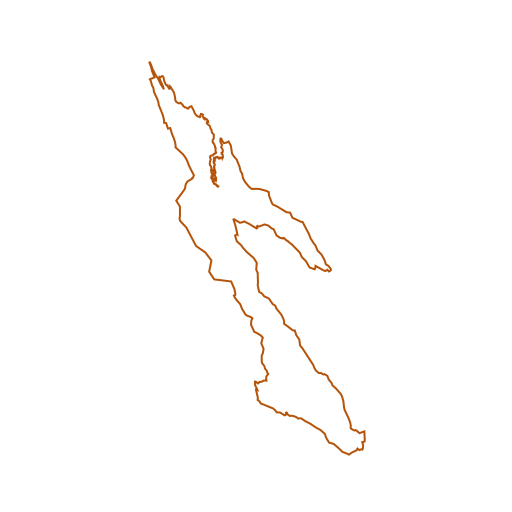 outline of Førde nor, Sogn og Fjordane, Norway, rotated 64°
{"feature_id": "86288312B49751827405886", "entity_name": "Førde nor", "entity_type": "district", "adm_level": 2, "iso_a3": "NOR", "parent_name": "Norway", "parent_adm1": "Sogn og Fjordane", "projection": "robinson", "projection_center": [5.859, 61.462], "detail": "fine", "context": "isolated", "style": "outline", "palette": "amber", "viewbox_px": 512, "rotation_deg": 64, "n_neighbors": 0, "source": "geoboundaries", "source_scale": "gbopen_adm2", "svg_char_len": 6077}
<svg xmlns="http://www.w3.org/2000/svg" viewBox="0 0 512 512"><g transform="rotate(64 256 256)"><path d="M134.9,236.4L136.4,237.4L138.3,238.0L141.2,237.8L142.8,239.6L144.8,239.3L146.5,239.5L147.9,240.3L148.2,240.9L148.1,241.5L148.9,241.4L149.2,241.9L149.4,241.6L150.6,241.6L153.0,242.5L153.0,242.9L152.7,243.3L153.0,243.5L152.6,243.5L152.3,244.0L152.7,244.2L152.5,244.8L152.6,245.0L151.8,245.6L152.3,246.2L152.3,246.6L151.8,246.9L150.4,247.0L150.5,247.4L149.8,247.9L149.5,248.4L150.5,249.7L149.3,250.5L149.4,250.8L150.3,251.2L152.2,251.3L151.9,252.0L152.8,252.3L152.7,252.6L153.2,252.7L153.4,253.1L154.3,253.1L154.7,252.8L156.2,253.1L156.6,253.5L156.7,254.1L157.4,254.6L158.5,254.7L158.4,255.1L160.0,255.5L160.7,255.3L163.1,255.7L163.9,256.3L163.8,257.3L164.6,257.7L165.7,257.5L166.2,257.7L168.1,257.6L169.5,258.1L170.6,259.0L170.1,259.1L170.7,259.1L170.2,259.1L170.4,259.4L169.3,260.2L168.3,260.3L166.7,260.3L168.3,260.2L168.7,259.9L168.0,260.0L169.8,259.4L170.1,258.8L166.2,257.7L165.1,258.2L162.9,257.2L162.7,256.9L161.8,256.8L161.6,257.0L160.3,256.9L160.3,257.2L159.9,257.0L159.4,258.1L159.9,258.5L161.4,259.2L164.5,259.2L165.2,259.6L165.6,260.3L166.4,260.3L165.6,260.4L165.9,261.6L166.4,261.9L170.6,261.4L170.8,261.5L169.8,261.7L171.9,261.9L174.4,260.4L176.4,259.8L176.6,259.4L177.0,259.4L177.0,259.9L176.1,260.2L176.5,260.3L174.4,260.7L172.8,261.9L173.6,261.8L172.4,262.1L168.1,261.8L166.2,262.1L164.9,261.1L165.2,260.8L164.3,259.6L162.3,259.6L159.6,259.0L158.4,258.3L157.9,257.6L155.6,257.2L153.7,257.5L151.4,256.3L149.8,254.9L149.4,254.3L147.2,254.1L146.4,253.6L146.0,252.5L146.7,250.7L145.9,249.4L146.1,249.2L145.7,247.8L146.0,247.6L145.7,246.5L143.9,246.4L141.2,244.9L140.5,245.2L138.9,244.7L136.8,244.6L135.8,244.7L135.1,245.1L134.0,244.8L132.7,243.9L131.9,242.5L128.4,240.7L125.7,241.5L123.1,240.7L121.6,241.0L119.5,240.6L118.2,240.8L116.2,241.8L114.9,242.0L114.6,241.8L114.9,241.5L113.6,240.6L114.3,240.1L113.7,239.9L111.9,240.2L110.0,241.3L110.1,241.7L109.6,241.9L110.4,242.3L109.6,242.7L106.8,242.5L106.4,242.2L106.3,241.9L106.6,241.8L105.4,241.8L104.9,242.2L104.2,243.3L105.7,244.8L106.4,244.9L106.7,245.6L104.7,247.3L103.3,248.0L100.6,248.5L98.1,248.2L93.1,248.4L92.9,250.5L93.1,251.3L93.8,252.0L93.7,252.6L91.7,254.0L91.3,254.7L89.5,255.6L88.0,255.7L85.2,256.6L85.3,257.5L85.0,258.4L82.7,260.1L80.4,260.2L78.0,259.2L73.7,258.2L71.7,258.1L66.9,258.8L66.8,258.6L65.9,258.9L67.4,259.7L67.7,260.0L67.7,260.6L65.5,260.9L63.8,260.6L63.6,261.0L64.0,261.1L62.8,261.9L58.4,261.8L54.8,260.8L53.4,261.1L53.1,261.6L53.3,262.8L53.1,263.8L52.7,264.2L53.7,264.7L56.5,265.1L62.6,265.2L65.8,265.7L59.8,266.3L53.1,266.2L51.9,266.6L48.2,267.0L45.8,266.9L43.2,267.1L37.9,266.5L35.4,266.5L35.4,267.0L40.0,267.4L43.7,268.3L51.0,268.9L50.6,273.9L52.6,273.8L57.3,274.7L59.6,274.5L64.0,275.8L70.9,275.9L74.9,276.3L77.7,277.2L88.1,277.9L93.7,279.1L95.9,280.2L97.2,278.5L102.9,279.3L103.4,277.0L109.6,278.0L114.6,278.3L118.5,278.9L121.9,280.0L123.0,280.7L132.7,277.0L136.4,276.3L140.2,276.1L144.8,276.6L150.2,276.6L156.2,276.4L158.0,278.3L157.9,279.1L158.6,279.9L158.9,284.8L160.6,287.6L164.0,290.1L165.3,291.9L171.3,303.4L178.2,302.7L186.9,306.9L188.8,308.3L191.3,308.8L199.9,306.1L220.7,305.5L230.6,300.0L240.4,298.0L249.6,305.0L258.7,303.8L268.0,289.5L276.3,289.9L280.8,291.1L282.0,291.9L281.9,293.2L284.1,293.2L287.3,292.7L292.5,291.3L297.5,291.7L304.1,291.1L306.0,289.9L308.0,287.9L310.3,286.5L312.0,288.5L315.6,290.6L323.4,290.8L325.7,288.9L329.5,286.5L332.3,285.7L336.7,289.5L342.8,289.9L346.3,292.4L348.1,294.6L353.6,297.2L355.0,297.5L358.7,296.7L360.9,297.3L364.2,296.6L365.9,297.0L367.4,296.7L368.7,299.3L370.2,300.4L372.6,301.3L371.3,303.6L371.5,306.1L370.7,308.3L371.5,309.8L371.4,310.2L368.7,311.3L368.5,312.0L371.6,313.4L377.3,313.5L376.4,314.7L384.4,316.5L386.0,317.6L388.2,316.6L390.6,316.4L400.6,307.4L403.0,306.4L405.6,305.9L407.1,303.1L411.8,300.1L411.7,298.5L411.3,298.0L410.1,297.9L410.0,297.2L410.8,296.9L412.0,297.1L414.4,295.9L415.5,293.5L417.5,291.2L419.1,290.0L420.5,289.5L421.4,287.0L422.3,286.2L425.9,284.2L430.9,280.5L436.0,277.6L440.7,274.3L445.3,272.4L445.9,272.1L450.6,272.6L455.8,272.1L458.9,268.6L464.3,266.2L470.1,264.1L473.3,261.0L475.3,259.5L474.7,256.2L474.7,250.6L473.6,249.2L475.8,248.1L475.9,246.0L476.6,245.2L475.7,244.3L473.0,242.6L469.9,242.1L470.4,239.8L468.8,238.8L461.1,235.5L460.6,240.6L456.2,242.6L455.9,244.1L453.5,245.9L452.3,246.4L449.8,245.1L447.1,244.4L442.5,243.9L433.1,243.8L430.5,243.2L425.1,241.2L420.4,240.3L417.5,240.2L410.1,242.2L405.7,244.0L403.6,243.7L398.9,244.8L395.1,244.4L392.5,246.0L392.1,246.4L392.0,247.4L391.6,247.8L389.8,248.7L388.7,250.9L385.1,252.4L382.0,252.6L379.0,252.3L358.9,254.8L356.0,255.6L349.8,253.7L344.9,254.5L339.9,253.8L339.4,255.0L338.8,255.6L332.9,258.5L329.2,260.5L327.3,259.4L324.2,258.9L319.7,259.0L311.6,260.8L309.2,260.4L306.4,262.1L300.0,263.0L295.8,266.3L292.5,267.1L289.5,268.9L282.8,267.2L280.8,265.9L271.9,261.9L268.4,261.8L262.4,258.3L256.7,259.0L248.2,262.6L243.0,264.1L239.8,264.6L234.7,266.7L232.7,266.6L228.4,265.8L228.1,263.7L228.7,263.3L219.8,261.2L213.3,260.2L213.3,259.6L219.2,255.8L219.4,253.9L219.8,253.4L219.7,251.5L220.0,251.3L224.1,248.1L231.5,243.4L231.5,242.7L229.9,242.2L229.6,241.5L230.7,240.5L230.9,239.8L231.4,234.4L234.2,231.5L238.0,229.9L239.7,228.4L246.6,228.5L250.2,226.4L252.0,224.3L251.6,223.8L251.8,223.3L253.3,222.4L255.4,221.9L256.1,221.1L259.7,219.6L261.0,218.8L272.3,215.1L277.0,215.3L282.4,213.4L289.8,212.9L293.6,209.2L292.4,207.6L291.0,206.8L298.4,201.7L300.0,200.2L299.6,198.0L301.9,197.2L301.7,195.2L300.6,194.4L296.7,195.2L294.2,196.8L289.6,196.2L283.4,196.5L278.1,198.3L272.1,197.9L271.2,198.4L264.1,199.2L259.7,198.8L245.8,199.2L245.4,200.2L237.7,206.4L231.9,206.4L230.0,209.4L220.9,215.2L217.2,218.2L215.6,218.5L207.4,217.8L204.1,216.5L201.1,219.1L197.4,223.4L196.0,225.8L193.8,230.5L190.8,231.9L185.0,233.3L180.6,233.6L175.9,232.4L172.9,232.7L168.8,231.7L160.8,231.1L156.7,232.2L153.3,232.6L146.4,230.4L145.0,230.2L141.0,230.5L141.1,233.2L140.4,235.4L137.4,235.9L135.3,235.7L134.9,236.4Z" fill="none" stroke="#b45309" stroke-width="2"/></g></svg>